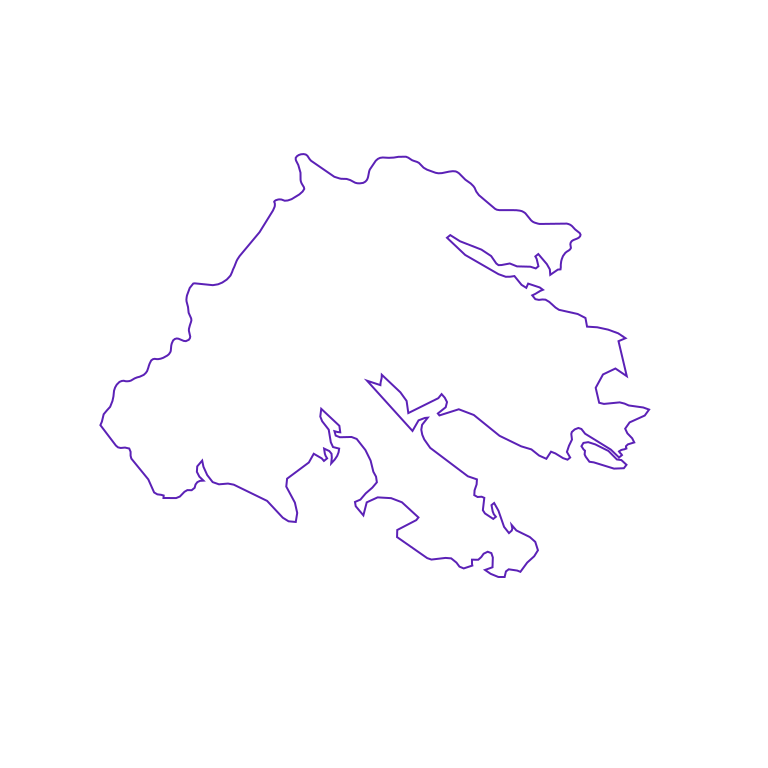 an SVG outline of Kerry, rotated 231°
{"feature_id": "IRL-725", "entity_name": "Kerry", "entity_type": "County", "adm_level": 1, "iso_a3": "IRL", "parent_name": "Ireland", "parent_adm1": "", "projection": "orthographic", "projection_center": [-9.777, 52.132], "detail": "fine", "context": "isolated", "style": "outline", "palette": "violet", "viewbox_px": 768, "rotation_deg": 231, "n_neighbors": 0, "source": "natural_earth", "source_scale": "10m", "svg_char_len": 5903}
<svg xmlns="http://www.w3.org/2000/svg" viewBox="0 0 768 768"><g transform="rotate(231 384 384)"><path d="M362.0,593.3L363.5,591.1L364.2,581.9L368.7,585.0L374.7,586.0L387.9,585.7L387.9,581.9L385.2,581.4L378.3,578.1L378.3,574.7L383.0,571.6L391.7,561.4L398.5,557.6L402.5,550.2L404.3,547.8L407.0,547.1L416.0,547.8L427.1,544.3L447.1,532.9L458.0,529.2L458.0,525.0L433.2,528.3L397.3,542.1L390.7,546.1L387.9,549.7L385.8,553.3L374.5,553.3L369.2,555.1L371.3,559.2L361.0,565.8L357.2,566.8L358.0,564.1L358.9,557.8L359.6,555.0L354.7,555.0L351.9,557.3L350.0,560.3L347.9,562.6L343.8,564.1L335.5,565.4L331.5,566.7L316.5,578.6L308.5,582.1L300.8,577.9L293.9,585.4L285.2,592.4L276.0,597.9L267.6,600.5L269.7,593.2L237.3,577.6L250.4,573.6L253.6,560.2L247.8,546.1L234.0,539.4L230.1,542.4L221.4,555.6L217.4,558.6L213.3,560.7L202.6,570.7L197.3,573.9L195.4,566.8L199.6,550.7L197.5,543.3L192.5,542.1L185.6,542.7L181.1,541.7L183.6,535.6L183.4,533.0L182.6,532.2L181.8,532.1L181.3,531.8L182.0,529.7L182.7,528.4L183.4,526.9L183.7,524.2L182.5,524.1L180.1,524.3L179.0,524.2L179.0,520.4L190.3,519.0L218.8,509.0L224.8,509.1L227.5,507.4L228.7,503.6L228.5,499.8L227.3,498.1L222.5,495.1L219.6,488.9L216.1,483.4L209.7,482.4L209.7,479.0L213.7,476.5L222.2,473.5L226.3,471.2L223.7,463.1L230.8,459.5L240.4,457.4L249.2,451.4L271.0,441.2L303.4,434.3L317.3,426.2L324.7,407.3L327.2,407.3L327.1,417.3L330.3,421.6L335.1,422.6L339.9,422.4L338.8,417.3L346.1,384.6L356.6,390.9L367.2,391.5L392.6,388.1L390.2,386.0L387.2,382.2L385.4,380.5L397.2,372.9L329.6,376.6L334.0,388.0L331.9,394.4L330.3,396.8L328.3,387.9L325.0,384.2L320.5,381.8L315.6,380.4L305.3,379.7L259.5,391.1L251.4,396.2L247.7,392.8L244.4,387.5L240.8,384.2L237.3,385.6L235.0,388.9L232.4,390.3L223.7,381.4L219.9,381.0L210.4,384.0L210.4,387.4L213.7,387.4L216.6,388.3L222.2,391.3L222.2,394.7L213.5,393.2L197.4,387.4L189.5,387.3L189.7,391.0L190.8,392.7L194.2,394.5L186.9,394.7L173.3,401.0L166.1,402.2L157.9,399.0L155.6,392.3L155.1,382.9L152.2,371.8L155.2,370.1L161.5,364.3L161.6,360.8L158.1,356.3L162.1,351.4L169.4,347.4L175.9,345.5L173.3,353.0L180.7,359.4L185.0,361.0L188.4,359.0L189.4,354.6L188.3,350.7L188.1,346.7L192.1,341.8L188.7,339.1L187.3,338.4L190.5,329.9L194.6,327.7L199.6,327.9L206.2,326.5L210.1,322.4L217.7,310.4L221.5,308.0L256.8,297.8L262.2,302.4L257.9,323.4L258.6,326.8L280.8,323.5L290.8,317.7L299.9,307.7L302.9,296.1L294.9,285.3L306.8,285.1L310.6,287.2L309.0,292.9L310.5,301.0L310.8,309.7L312.1,316.6L317.0,319.5L322.5,320.5L332.9,325.4L344.4,328.0L358.5,328.2L363.3,325.4L370.4,316.2L374.3,314.0L378.5,315.8L376.1,317.5L374.0,319.6L379.6,323.0L404.2,319.6L398.8,314.0L394.0,312.5L383.3,312.3L372.2,306.0L367.1,304.7L362.0,308.5L359.5,305.7L357.6,302.4L356.3,298.2L355.5,293.0L359.6,297.1L362.8,299.3L366.3,299.3L371.5,296.8L367.1,294.2L364.9,293.4L362.0,293.0L362.0,288.9L365.4,288.8L374.0,285.5L370.3,276.2L371.4,249.1L365.8,243.5L347.9,240.1L338.4,235.4L332.3,228.6L337.4,223.4L343.8,221.2L366.7,219.6L400.3,203.9L404.8,200.1L409.9,192.6L415.6,189.1L424.5,189.3L433.3,191.6L438.9,194.5L437.5,187.0L433.5,183.3L428.2,182.2L422.5,182.9L424.5,180.1L425.2,177.2L424.5,174.3L422.5,171.5L422.5,167.7L425.3,164.4L425.8,161.1L425.0,154.5L426.2,150.6L434.2,140.9L436.0,142.6L438.2,141.0L440.9,138.4L444.4,137.1L458.2,140.8L485.0,140.7L487.7,141.9L490.8,144.4L494.2,145.4L497.6,142.7L500.0,139.1L502.2,137.4L504.9,136.9L530.5,137.7L532.3,141.1L536.9,147.1L537.9,152.2L538.6,156.8L541.7,162.3L544.6,165.9L548.7,170.0L550.5,172.8L551.7,175.9L552.1,179.7L551.4,182.1L550.3,183.8L548.8,184.9L547.6,186.3L546.6,187.8L545.9,189.5L545.3,193.7L544.5,196.3L543.4,198.7L542.3,203.0L542.5,205.8L543.1,208.0L545.0,211.1L546.2,212.8L547.4,214.8L548.8,217.9L548.7,220.0L547.9,221.6L546.5,222.9L545.4,224.2L544.2,226.4L543.3,228.9L542.5,233.4L542.5,235.5L543.2,237.9L543.9,239.1L547.8,242.9L549.1,244.6L550.6,247.6L550.6,249.8L549.8,251.6L548.5,252.8L543.5,255.5L542.0,257.0L541.2,260.1L541.7,261.9L542.7,263.2L548.2,265.9L549.6,267.1L551.8,270.1L553.7,273.1L554.7,274.4L556.3,275.4L562.3,277.0L567.1,280.1L572.4,282.5L573.9,283.5L575.6,285.2L576.8,286.6L580.9,293.5L582.1,299.0L581.3,300.3L568.5,313.2L565.9,317.8L564.6,322.2L564.1,327.5L564.5,330.6L564.9,333.0L566.7,336.6L567.9,338.5L569.3,341.4L572.3,346.7L573.1,348.5L574.3,352.3L580.3,382.8L588.7,406.9L590.5,410.4L591.1,411.2L592.1,412.1L593.2,412.9L594.7,413.3L595.0,414.2L594.9,415.6L594.0,417.8L593.4,418.8L591.9,420.4L588.9,422.2L587.2,424.7L585.8,428.5L584.6,437.5L584.8,441.9L585.8,444.8L587.4,445.6L591.7,446.2L593.6,446.8L595.1,447.6L600.8,452.1L608.1,455.2L612.8,456.2L613.9,456.6L615.3,457.7L615.8,459.7L615.6,461.8L614.8,464.0L613.3,466.2L611.6,467.6L609.6,468.1L605.5,467.7L603.4,467.8L576.3,475.8L571.6,478.9L570.4,479.9L566.9,484.0L563.7,486.1L558.5,488.3L556.8,489.6L555.2,491.4L553.4,494.4L553.0,496.8L553.3,498.9L554.0,500.5L555.0,502.0L558.6,506.3L559.6,507.9L562.7,518.1L562.8,520.9L562.2,523.3L560.8,525.6L556.8,530.0L553.8,534.1L551.4,538.3L546.8,544.1L544.6,545.3L540.4,546.6L538.8,547.5L535.7,549.5L533.8,550.3L527.2,550.9L523.5,552.3L515.7,557.0L513.5,558.9L511.4,561.8L508.1,568.2L506.1,571.4L504.1,573.5L502.5,574.3L500.5,574.9L491.6,575.8L485.2,577.6L481.6,578.0L479.5,577.9L475.5,576.8L471.0,576.6L450.1,580.6L448.4,581.4L446.5,583.1L436.0,596.0L433.3,598.6L431.6,599.9L429.8,600.7L427.8,601.3L418.6,601.3L416.6,601.7L414.8,602.5L411.7,604.6L410.4,605.7L393.6,627.0L392.1,628.1L390.4,629.0L388.4,629.5L383.9,629.8L378.1,631.1L376.3,630.7L375.4,629.4L375.1,627.4L375.5,625.5L376.7,621.7L376.9,619.8L376.4,618.1L375.4,616.8L372.1,614.9L371.5,613.3L371.5,611.5L371.8,609.5L371.8,607.4L370.8,603.6L369.0,600.5L367.8,598.9L365.5,596.5L363.4,594.8L362.0,593.3ZM207.6,497.9L211.4,498.3L212.7,501.9L210.3,506.1L204.1,510.2L190.7,516.3L178.8,517.5L175.5,520.6L168.6,521.6L167.6,517.4L173.5,509.5L191.1,497.7L194.3,494.7L200.6,495.0L203.0,495.6L205.7,498.2L207.6,497.9Z" fill="none" stroke="#5b21b6" stroke-width="2"/></g></svg>